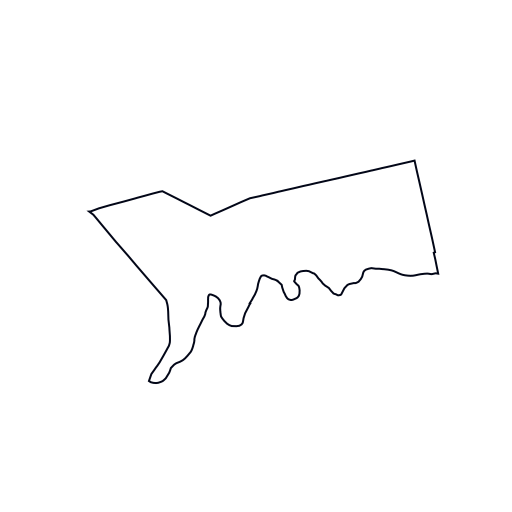 the district of Walkerville, South Australia, Australia, rotated 30°
{"feature_id": "25037944B33474506304148", "entity_name": "Walkerville", "entity_type": "district", "adm_level": 2, "iso_a3": "AUS", "parent_name": "Australia", "parent_adm1": "South Australia", "projection": "mercator", "projection_center": [138.618, -34.894], "detail": "fine", "context": "isolated", "style": "outline", "palette": "ink", "viewbox_px": 512, "rotation_deg": 30, "n_neighbors": 0, "source": "geoboundaries", "source_scale": "gbopen_adm2", "svg_char_len": 4982}
<svg xmlns="http://www.w3.org/2000/svg" viewBox="0 0 512 512"><g transform="rotate(30 256 256)"><path d="M225.8,417.8L228.0,417.9L230.5,417.2L233.0,416.0L234.7,414.7L236.7,412.4L237.7,411.0L238.2,409.7L239.0,407.1L239.2,400.4L239.0,399.3L238.9,398.4L238.3,395.6L239.4,391.1L240.3,389.2L240.9,388.3L242.9,385.8L244.1,383.9L244.7,382.8L245.0,382.2L245.4,381.0L245.8,380.0L246.0,379.0L246.5,376.9L246.7,375.8L247.1,373.5L247.3,372.4L247.4,371.8L247.4,371.1L247.4,370.6L247.4,370.1L247.3,369.4L247.1,367.9L246.5,365.1L246.3,364.7L246.0,363.3L245.5,361.5L245.2,360.8L244.7,359.6L244.5,359.4L244.0,358.3L243.7,357.3L243.4,356.5L243.3,355.7L243.2,355.4L243.1,355.0L242.9,353.5L242.6,352.0L242.4,350.4L242.2,348.8L241.9,344.3L241.9,343.6L241.8,342.1L241.5,337.7L241.5,334.3L241.1,331.8L241.0,331.5L240.8,331.0L240.5,330.3L240.4,329.9L240.2,328.8L240.1,328.1L240.0,327.7L240.0,327.2L239.9,326.2L239.9,325.9L239.9,325.5L239.8,325.1L239.7,324.4L239.5,323.8L239.4,323.5L239.3,323.3L238.9,322.6L238.7,322.1L238.3,321.5L238.2,321.1L237.0,318.9L236.5,318.1L236.2,317.6L236.0,317.2L235.9,317.0L235.8,316.7L235.4,316.1L235.3,315.9L235.2,315.7L235.0,315.1L235.0,314.9L234.9,314.7L234.8,313.8L234.8,313.4L234.8,313.2L234.9,312.9L235.0,312.8L235.1,312.6L235.2,312.4L235.4,312.3L235.6,312.2L235.8,312.1L236.0,312.0L236.5,311.8L236.9,311.7L237.5,311.6L238.1,311.5L239.2,311.3L239.5,311.3L240.3,311.2L240.5,311.2L241.0,311.2L241.3,311.1L241.5,311.2L241.8,311.2L242.8,311.3L243.6,311.4L244.5,311.6L244.8,311.7L245.2,311.9L245.9,312.2L246.1,312.3L246.3,312.3L246.5,312.4L246.7,312.5L247.1,312.8L247.9,313.4L248.0,313.5L248.6,314.0L248.8,314.3L249.1,314.7L249.3,315.1L249.5,315.3L249.6,315.6L249.8,316.1L249.9,316.3L250.1,317.0L250.3,317.4L250.7,318.4L250.9,318.7L251.0,318.9L251.1,319.2L251.2,319.3L251.5,319.9L251.7,320.1L251.9,320.5L252.0,320.6L252.1,320.8L252.3,321.1L252.8,321.7L252.9,322.0L253.1,322.2L253.2,322.4L253.4,322.6L253.5,322.8L253.7,323.1L253.9,323.3L254.1,323.5L254.4,324.0L254.6,324.2L254.7,324.4L254.9,324.6L255.3,325.1L255.8,325.7L256.0,325.8L256.4,326.1L258.2,327.0L261.0,328.1L264.8,329.1L267.5,329.2L270.0,328.8L274.1,326.6L276.4,324.8L276.5,324.7L277.7,322.5L277.9,320.5L277.3,318.7L276.3,316.0L275.2,311.0L274.9,303.9L274.7,301.3L274.8,300.1L274.2,300.1L274.3,298.2L274.4,295.3L274.3,294.6L274.3,291.9L274.3,289.8L274.1,288.2L273.9,286.3L273.4,283.7L272.6,281.3L271.8,279.2L271.1,276.4L270.6,273.8L270.5,271.9L270.6,270.6L271.1,269.9L271.8,269.3L272.7,268.7L274.4,268.2L275.9,268.2L277.5,268.0L279.7,267.9L281.3,267.8L283.8,267.1L286.9,266.7L287.0,267.0L288.2,267.1L290.3,267.6L292.6,268.1L294.5,270.2L296.2,271.7L298.0,273.3L299.7,274.3L301.9,275.9L304.2,277.0L305.3,277.2L306.1,277.2L307.9,276.8L309.0,276.2L310.0,275.2L312.0,272.5L312.7,271.2L313.0,269.1L312.5,266.9L311.4,264.8L311.0,264.0L309.5,262.1L308.6,261.2L307.6,260.5L305.4,260.1L302.3,259.1L301.6,258.7L301.5,257.0L300.3,254.4L299.9,253.1L300.2,251.3L300.3,250.1L300.6,249.4L302.3,247.1L304.1,245.6L306.9,243.7L309.4,242.7L314.1,242.4L314.8,242.1L315.8,242.2L317.9,242.7L321.2,244.2L323.2,244.7L325.6,245.5L327.5,246.4L330.9,247.1L332.3,247.1L335.2,247.3L338.3,248.6L341.3,249.5L341.7,249.7L342.8,249.6L344.3,249.2L346.5,249.1L347.1,248.8L348.6,247.5L349.0,246.7L348.7,240.4L348.7,239.5L349.7,235.3L350.9,233.6L354.3,230.5L355.5,229.9L356.3,229.1L357.7,227.0L357.9,225.7L358.2,224.2L358.3,223.6L358.3,220.8L357.1,216.4L357.2,214.6L358.0,212.8L360.1,210.5L362.0,208.8L366.2,207.1L368.9,205.5L372.1,204.1L373.5,203.4L377.2,201.8L380.5,200.7L382.8,200.2L385.7,199.9L388.1,199.7L390.4,199.4L392.3,199.0L394.7,198.2L397.5,197.0L399.7,195.9L401.9,194.5L403.7,193.0L406.0,190.9L407.6,189.5L408.3,189.0L410.7,187.2L413.1,185.6L414.7,184.9L416.1,184.4L417.2,183.9L418.0,183.2L419.7,181.6L420.3,181.1L421.6,180.6L422.6,180.2L417.1,174.0L414.3,170.8L412.8,169.1L408.3,164.3L409.2,163.2L399.4,152.4L389.2,141.4L382.9,134.5L376.3,127.4L369.7,120.2L359.8,109.5L357.0,106.5L352.8,102.0L345.6,94.1L343.0,96.6L333.0,105.9L328.1,110.5L324.2,114.1L320.9,117.1L320.1,117.9L313.8,123.8L313.4,124.1L309.2,128.1L303.6,133.2L293.6,142.5L290.0,145.9L288.8,147.0L288.7,147.1L271.3,163.1L266.3,167.8L262.1,171.6L254.9,178.4L248.5,184.3L245.1,187.5L243.4,189.0L239.4,192.9L231.2,200.4L229.4,202.2L221.9,209.0L220.4,211.0L215.7,217.3L212.4,221.9L206.4,230.2L204.0,233.5L199.2,240.0L196.5,243.8L190.9,244.1L183.7,244.5L171.8,245.1L166.7,245.4L158.7,245.8L148.3,246.4L142.6,246.7L140.6,248.4L135.3,253.6L129.6,259.4L124.3,264.7L122.5,266.6L114.3,274.9L103.9,285.2L96.0,293.4L95.7,293.8L90.5,300.1L89.3,300.9L94.6,301.6L128.2,314.0L128.6,314.1L145.3,319.8L156.9,324.0L182.4,332.9L194.0,336.9L200.3,339.1L203.3,342.1L204.5,343.5L205.8,345.2L207.7,348.0L212.0,354.9L216.8,361.4L217.9,363.1L221.5,368.4L222.8,370.6L223.9,372.5L224.7,374.2L225.2,376.1L225.5,377.6L225.5,379.4L225.6,383.0L225.7,389.3L225.7,390.8L225.7,396.4L225.5,399.0L225.4,400.5L225.1,402.6L224.9,405.4L224.4,410.5L225.8,417.8Z" fill="none" stroke="#020617" stroke-width="2"/></g></svg>